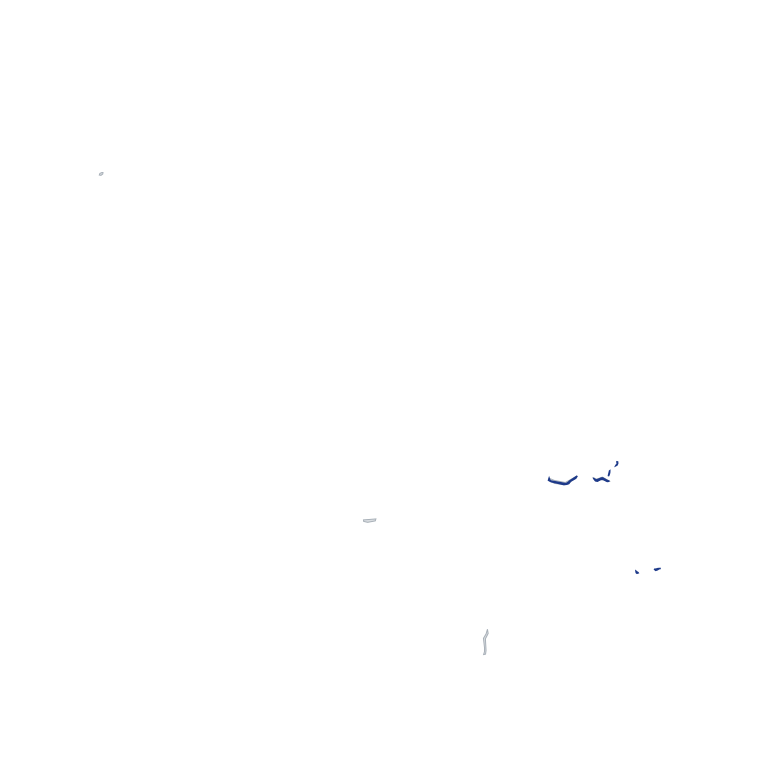 Ratak Chain on a map of Marshall Islands (Equal Earth projection), rotated 342°
{"feature_id": "MHL-4969", "entity_name": "Ratak Chain", "entity_type": "state/province", "adm_level": 1, "iso_a3": "MHL", "parent_name": "Marshall Islands", "parent_adm1": "", "projection": "equal_earth", "projection_center": [171.288, 10.331], "detail": "fine", "context": "in_parent", "style": "filled", "palette": "blue", "viewbox_px": 768, "rotation_deg": 342, "n_neighbors": 0, "source": "natural_earth", "source_scale": "10m", "svg_char_len": 1687}
<svg xmlns="http://www.w3.org/2000/svg" viewBox="0 0 768 768"><g transform="rotate(342 384 384)"><path d="M516.0,528.2L526.0,533.7L539.3,531.1L537.2,532.8L532.2,534.3L528.9,535.7L526.7,535.7L524.0,535.1L515.5,531.3L510.7,526.3L511.9,524.6L516.0,528.2ZM398.7,669.0L397.1,672.3L395.1,672.1L396.8,669.7L398.0,666.3L400.0,656.6L403.9,653.2L406.6,649.2L406.0,653.4L401.7,657.7L398.7,669.0ZM554.0,537.9L557.0,540.2L562.9,540.0L568.4,546.0L566.2,545.6L563.3,543.0L560.6,542.0L557.0,542.3L555.2,541.3L554.0,537.9ZM334.6,509.8L333.4,511.5L325.7,510.5L322.2,508.4L322.5,506.9L328.6,508.4L334.6,509.8ZM181.4,97.4L179.3,98.1L177.8,97.3L178.9,95.9L181.2,95.7L182.1,96.1L181.4,97.4Z" fill="#d9dde1" stroke="#a8b0b8" stroke-width="1"/><path d="M539.3,531.2L537.2,532.9L531.3,534.1L528.9,535.8L526.7,535.8L524.0,535.3L512.7,528.5L510.7,526.4L511.9,524.7L511.9,525.7L512.1,526.4L512.4,527.6L526.0,534.9L526.9,534.9L528.9,534.4L530.6,533.6L539.3,531.2ZM568.3,546.1L566.2,545.7L562.9,542.4L560.6,541.7L556.9,542.4L555.2,541.4L554.0,538.0L554.8,539.4L555.7,540.4L556.7,540.9L561.9,540.6L563.0,540.9L566.5,544.7L568.3,546.1ZM590.2,644.9L588.5,644.7L586.6,645.2L584.8,645.2L583.7,643.4L583.9,643.6L584.4,643.8L585.2,644.1L587.5,644.2L590.2,644.9ZM565.8,639.8L566.1,640.2L566.4,640.8L567.3,641.8L567.4,642.2L566.9,642.2L566.1,642.2L565.7,641.7L565.6,640.9L565.8,639.8ZM571.2,537.1L571.4,536.8L571.5,536.6L571.6,536.4L571.9,536.3L571.4,537.7L570.7,538.9L569.9,540.0L568.9,541.0L569.4,540.0L571.2,537.1ZM580.6,532.4L581.2,531.7L581.5,531.0L581.5,530.3L581.0,529.6L582.1,530.3L581.7,531.8L580.5,533.1L579.2,533.3L579.5,533.0L579.8,532.8L580.6,532.4Z" fill="#3b82f6" stroke="#1e3a8a" stroke-width="1.5"/></g></svg>